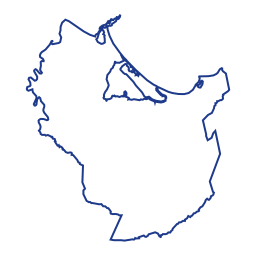 the district of Tela, Atlántida, Honduras
{"feature_id": "27666195B55788691524887", "entity_name": "Tela", "entity_type": "district", "adm_level": 2, "iso_a3": "HND", "parent_name": "Honduras", "parent_adm1": "Atlántida", "projection": "robinson", "projection_center": [-87.586, 15.716], "detail": "fine", "context": "isolated", "style": "outline", "palette": "blue", "viewbox_px": 256, "rotation_deg": 0, "n_neighbors": 0, "source": "geoboundaries", "source_scale": "gbopen_adm2", "svg_char_len": 5663}
<svg xmlns="http://www.w3.org/2000/svg" viewBox="0 0 256 256"><path d="M222.2,68.4L221.7,68.2L219.9,69.2L217.7,72.8L216.3,74.0L213.4,75.4L208.3,76.2L199.3,76.4L199.1,76.9L199.7,78.3L199.4,80.0L198.4,82.2L196.2,84.3L197.3,84.8L197.9,85.8L198.2,85.1L199.9,84.3L200.4,83.3L200.1,83.0L200.9,82.5L200.8,81.4L201.9,80.7L202.8,81.5L202.4,84.4L200.5,87.5L199.3,87.5L197.8,86.6L197.2,85.2L196.0,84.6L192.9,89.8L188.7,93.0L184.2,94.1L178.6,94.0L172.8,93.1L168.5,91.9L158.2,87.1L157.5,87.1L156.8,86.2L153.8,84.8L147.1,80.2L135.6,69.8L126.2,60.2L125.9,60.5L126.2,61.0L130.4,65.2L130.7,66.4L131.3,66.4L131.2,66.9L131.9,66.8L131.8,67.3L132.5,67.4L134.1,69.1L133.6,69.5L134.4,69.5L135.2,70.5L135.7,70.3L137.1,71.8L138.1,74.6L138.7,74.9L138.3,75.9L137.3,75.0L135.9,75.2L136.3,74.5L133.5,71.6L133.6,72.1L132.1,72.3L131.3,71.5L129.4,71.2L128.6,69.8L128.9,69.4L128.7,67.8L128.1,66.7L126.9,65.8L126.7,64.4L125.9,63.9L125.1,64.1L122.3,66.2L120.4,68.9L120.4,69.6L123.4,72.9L124.9,74.0L126.3,74.2L133.4,81.8L135.9,85.5L142.1,92.4L144.3,96.3L145.8,97.4L149.0,96.7L152.2,99.3L156.2,100.8L161.3,101.5L164.9,100.4L165.3,99.9L165.6,97.9L164.7,95.7L163.6,95.4L163.4,95.8L164.2,96.0L162.9,96.2L163.1,95.5L162.1,95.7L160.9,95.1L156.3,90.2L156.2,88.3L157.0,87.6L157.9,87.5L157.4,89.2L158.3,90.9L161.8,94.3L165.3,95.7L166.0,96.4L166.3,97.9L165.5,99.5L165.6,100.7L163.6,101.9L161.0,102.5L155.2,101.7L155.0,102.4L154.8,101.6L150.2,99.6L148.7,98.3L146.3,99.2L144.1,98.8L142.8,99.7L140.8,99.4L139.7,100.2L134.0,99.2L131.7,99.8L129.7,99.4L129.4,99.0L128.3,99.4L128.6,97.8L126.4,96.9L126.2,95.5L126.5,93.5L126.2,92.4L125.3,91.4L124.6,91.7L124.2,92.6L124.5,94.6L123.4,95.6L124.4,95.3L124.6,96.2L123.9,95.9L123.9,96.4L122.9,96.5L122.0,96.0L119.5,97.0L117.2,96.2L115.7,96.5L114.5,95.6L114.0,96.2L112.8,95.7L112.2,96.0L111.6,97.8L110.7,98.6L109.4,99.1L106.1,99.4L106.9,101.5L105.5,99.1L103.9,98.6L103.5,97.6L104.1,96.7L103.9,94.9L105.0,92.2L107.1,89.3L108.6,85.8L108.6,84.7L106.6,79.3L107.4,75.0L110.2,71.6L111.0,69.3L113.0,67.6L113.1,66.5L114.3,64.8L115.1,61.0L115.3,63.1L116.5,62.6L119.4,62.8L124.2,60.5L124.0,59.8L123.0,58.9L120.8,54.4L125.5,60.4L126.0,59.7L123.9,57.7L119.8,52.6L113.3,43.6L109.6,35.9L107.6,29.5L107.3,26.9L107.6,26.2L108.7,26.1L109.6,25.3L110.7,25.8L111.8,25.3L111.9,24.1L116.0,21.2L116.4,19.6L118.6,18.8L119.9,17.0L120.2,15.6L119.9,15.4L119.4,16.2L117.7,17.4L116.7,17.1L116.0,18.4L114.5,18.7L113.4,20.0L111.8,20.0L111.6,19.2L111.0,19.3L110.8,20.1L109.8,20.8L110.4,21.1L110.5,21.8L109.7,22.4L109.7,23.1L108.1,23.2L108.9,21.4L108.3,21.1L106.6,23.8L105.2,24.7L106.5,25.3L106.2,26.7L105.3,27.7L104.0,27.8L102.7,27.1L102.8,26.5L103.7,25.7L103.5,25.2L102.4,25.6L100.1,27.4L99.6,28.7L100.3,29.1L100.0,30.5L98.8,31.6L98.8,32.4L100.3,31.5L102.0,27.2L102.1,29.4L102.6,30.2L103.0,30.2L103.5,30.8L104.1,32.6L103.2,34.2L104.1,34.7L104.7,35.5L104.3,36.8L104.7,38.6L104.8,42.5L102.9,43.6L101.3,43.9L97.8,42.0L96.3,39.3L97.5,38.0L98.9,33.3L98.0,33.2L97.5,33.8L96.5,34.1L95.5,35.2L95.2,36.5L90.2,34.9L83.7,31.4L68.9,21.2L65.4,19.7L62.1,22.7L60.6,26.9L60.5,30.5L59.5,33.7L61.2,37.4L60.2,42.0L58.7,43.0L52.6,44.2L51.8,43.8L51.3,42.8L51.4,41.8L52.4,41.4L52.3,41.0L51.6,41.1L49.8,44.6L45.5,49.6L41.9,52.0L40.6,53.5L39.9,55.5L40.1,57.0L42.9,58.9L43.7,60.6L43.6,61.2L41.6,61.1L40.7,62.1L40.9,65.8L40.1,69.9L41.9,72.8L41.1,73.6L39.7,73.4L36.5,69.7L35.6,69.2L34.9,69.6L34.2,70.5L34.2,71.4L37.2,76.6L37.1,79.0L36.1,80.3L34.7,80.7L30.9,77.5L29.1,77.8L28.5,79.2L30.3,82.6L30.5,85.4L29.9,86.1L27.3,87.0L26.8,89.0L27.4,90.2L28.5,90.7L32.4,89.3L32.9,92.3L36.3,96.1L36.5,98.1L33.8,104.1L34.5,105.5L35.5,105.5L36.4,104.6L37.1,99.3L39.1,97.2L40.2,98.1L41.0,101.2L44.2,104.8L44.3,106.7L43.4,109.3L43.4,110.8L44.1,112.5L47.8,117.1L48.3,119.3L47.9,119.9L46.9,120.2L44.0,119.1L41.1,118.9L39.7,119.4L38.6,120.5L38.7,122.3L40.3,125.4L40.6,127.0L40.1,129.3L38.9,130.7L40.3,132.3L40.7,134.0L42.1,134.9L44.8,134.8L45.8,135.6L47.8,135.0L51.0,136.5L51.4,137.1L52.3,136.9L52.8,138.6L54.7,139.0L55.1,140.1L54.8,141.2L55.6,141.5L55.3,142.3L57.6,145.7L58.1,145.8L58.8,145.2L59.5,147.1L60.5,146.4L61.5,147.0L62.8,148.4L62.4,148.9L62.7,149.6L64.1,150.0L65.8,152.1L67.9,152.9L70.0,152.4L71.5,152.7L71.9,153.4L71.6,154.9L73.2,155.1L77.3,160.0L78.4,162.4L79.7,162.7L79.9,164.1L83.0,165.5L82.4,182.4L85.0,188.7L83.4,190.4L83.4,194.2L86.6,200.9L89.1,202.2L90.1,202.0L91.4,203.1L92.3,203.0L99.3,204.3L101.4,204.1L103.1,206.2L105.4,206.4L107.1,208.1L108.4,208.2L110.8,211.5L110.5,212.9L110.8,213.6L112.5,214.1L115.6,214.0L118.2,214.5L119.4,215.4L121.6,215.3L110.6,239.6L113.9,240.2L121.2,240.2L124.5,240.6L132.7,239.3L133.9,239.6L134.8,239.0L135.2,238.0L136.4,238.5L139.1,238.3L138.8,237.2L143.8,235.5L145.0,236.6L146.0,236.9L147.8,235.8L148.7,234.3L155.2,232.3L158.0,233.6L159.4,236.3L160.6,237.0L160.9,236.8L160.5,235.4L162.2,234.9L162.8,234.1L165.8,234.1L167.4,233.5L168.3,232.4L170.3,232.5L171.1,231.0L172.4,230.1L172.7,228.7L177.0,224.0L178.0,223.8L179.0,222.4L180.8,222.3L182.9,220.9L185.0,220.9L185.0,219.6L187.1,218.3L188.3,216.0L190.3,217.1L191.4,215.8L192.2,215.6L193.7,213.4L195.0,213.2L197.0,211.6L198.7,211.2L199.1,210.5L198.7,209.6L200.5,207.3L202.4,206.3L205.0,202.2L205.7,200.1L207.1,198.7L208.4,199.8L209.1,199.8L210.6,198.0L211.0,196.2L212.7,195.4L213.3,194.7L213.9,192.6L213.2,192.2L212.8,191.3L209.8,181.5L220.1,153.8L215.3,130.9L213.2,133.3L211.6,137.8L207.7,140.2L206.1,135.9L206.2,134.5L202.9,120.3L208.0,115.0L211.9,112.9L213.9,108.6L214.4,106.0L215.5,105.2L215.4,103.2L216.4,103.1L217.2,102.0L217.2,101.2L217.9,101.3L220.4,100.1L221.3,100.2L222.7,99.2L223.0,98.5L222.7,96.2L223.3,95.4L223.0,94.6L227.9,91.3L229.2,89.8L225.9,73.5L222.9,71.2L222.2,70.1L222.2,68.4Z" fill="none" stroke="#1e3a8a" stroke-width="2"/></svg>